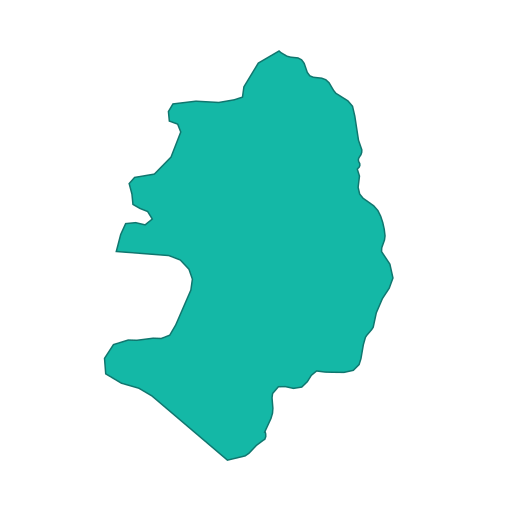 outline of Vidin, rotated 189°
{"feature_id": "BGR-2253", "entity_name": "Vidin", "entity_type": "Province", "adm_level": 1, "iso_a3": "BGR", "parent_name": "Bulgaria", "parent_adm1": "", "projection": "robinson", "projection_center": [22.659, 43.807], "detail": "fine", "context": "isolated", "style": "filled", "palette": "teal", "viewbox_px": 512, "rotation_deg": 189, "n_neighbors": 0, "source": "natural_earth", "source_scale": "10m", "svg_char_len": 1732}
<svg xmlns="http://www.w3.org/2000/svg" viewBox="0 0 512 512"><g transform="rotate(189 256 256)"><path d="M206.4,131.6L213.4,130.4L218.1,122.8L218.0,118.5L215.5,108.2L215.1,103.4L215.8,97.9L219.9,83.4L219.3,83.4L218.6,81.8L218.1,79.2L218.7,76.2L219.6,75.6L226.0,69.0L232.0,60.2L235.4,56.9L252.3,49.9L336.9,101.5L351.1,107.1L369.0,109.3L377.0,112.5L386.0,116.1L389.6,131.2L382.9,146.2L369.1,153.0L360.5,154.1L344.8,158.7L336.7,159.7L328.8,164.3L324.5,175.3L315.0,212.1L315.2,223.2L320.1,232.4L330.1,240.2L342.2,242.8L394.7,238.6L393.0,256.1L389.8,267.6L380.1,270.1L370.4,269.4L364.2,276.3L370.0,283.0L378.0,284.8L385.6,287.7L388.2,297.7L392.6,307.7L388.2,314.6L369.2,321.0L355.4,340.4L349.7,366.7L354.0,374.0L362.7,375.7L365.1,385.0L361.8,393.2L339.6,399.5L316.8,401.8L302.1,406.8L294.2,410.8L294.4,421.2L283.9,446.9L265.3,462.1L263.3,460.8L256.8,458.2L253.0,457.8L245.5,458.2L241.7,456.9L239.4,454.7L238.5,453.7L234.1,445.4L231.1,442.4L227.4,441.5L218.9,441.9L214.6,441.0L210.9,438.5L205.3,431.7L202.6,429.2L189.5,423.6L184.1,419.0L180.3,409.6L172.9,386.4L168.1,377.4L167.8,375.0L168.2,372.5L169.3,370.1L169.8,368.8L170.0,367.6L169.8,366.4L169.3,365.2L168.0,363.5L167.6,361.7L168.0,359.9L169.3,358.1L169.4,357.9L169.5,357.7L169.4,357.4L169.3,357.1L166.3,351.1L165.9,339.8L163.3,333.4L159.3,329.8L147.6,324.0L142.7,319.9L139.1,314.8L136.0,308.8L133.5,302.4L131.7,296.0L131.6,291.9L133.1,283.8L132.7,280.0L122.5,268.9L117.3,255.7L119.4,245.0L124.5,233.7L128.3,218.7L129.1,204.0L130.2,201.5L134.2,195.0L135.2,192.8L136.1,185.2L136.3,171.0L137.2,164.9L142.0,158.3L150.9,154.8L163.3,153.0L169.5,152.2L178.2,151.9L182.7,146.8L185.7,139.8L190.3,133.7L198.3,131.1L206.4,131.6Z" fill="#14b8a6" stroke="#0f766e" stroke-width="1.5"/></g></svg>